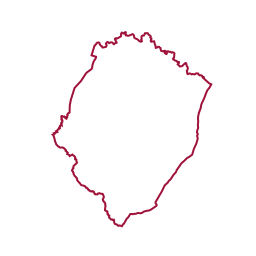 outline of Si Chomphu, Khon Kaen, Thailand, rotated 17°
{"feature_id": "78962969B87234528247492", "entity_name": "Si Chomphu", "entity_type": "district", "adm_level": 2, "iso_a3": "THA", "parent_name": "Thailand", "parent_adm1": "Khon Kaen", "projection": "robinson", "projection_center": [102.106, 16.757], "detail": "fine", "context": "isolated", "style": "outline", "palette": "rose", "viewbox_px": 256, "rotation_deg": 17, "n_neighbors": 0, "source": "geoboundaries", "source_scale": "gbopen_adm2", "svg_char_len": 5708}
<svg xmlns="http://www.w3.org/2000/svg" viewBox="0 0 256 256"><g transform="rotate(17 128 128)"><path d="M150.9,223.7L151.4,221.4L152.0,220.9L152.2,220.2L153.3,215.1L154.4,213.1L155.2,210.0L155.5,209.5L156.8,209.1L157.6,209.1L159.0,208.3L160.6,207.7L162.4,206.3L164.5,206.0L165.6,205.5L166.6,204.7L167.3,203.6L168.2,202.9L170.5,201.5L171.8,201.0L173.4,199.8L177.8,194.3L178.0,193.7L177.9,193.2L177.5,192.6L176.8,192.3L176.3,191.8L176.1,191.4L176.1,190.4L178.9,178.6L179.8,172.6L180.2,171.5L181.9,168.8L182.4,166.9L183.8,164.4L185.2,159.5L186.7,156.4L186.9,154.0L189.4,146.1L191.2,143.3L193.3,139.4L195.1,137.6L197.1,134.8L197.2,134.2L197.1,128.7L197.9,123.0L197.8,117.8L197.5,117.1L196.7,116.0L196.3,115.1L196.6,114.0L196.4,113.2L196.3,112.9L195.4,112.3L195.0,111.3L195.0,107.6L194.8,106.5L194.0,105.1L193.3,101.4L192.1,98.3L191.6,95.7L191.5,94.2L191.4,92.4L191.7,87.5L191.3,85.3L191.3,83.3L192.2,76.8L192.5,71.6L192.8,68.9L194.1,65.6L194.9,61.9L192.7,61.6L185.6,58.3L185.8,57.3L185.4,57.0L184.5,57.6L184.2,57.3L184.2,57.1L183.8,56.9L183.4,56.3L181.8,56.3L181.4,56.7L180.6,56.5L179.9,56.3L179.4,55.6L179.1,55.4L177.4,55.8L176.9,56.1L176.3,57.1L176.0,57.3L174.2,57.4L173.2,58.1L172.1,57.8L170.9,57.8L170.4,58.1L169.6,59.0L169.2,59.0L168.5,58.1L168.0,56.8L167.5,56.1L167.9,54.9L167.7,53.4L167.3,52.4L165.9,51.4L165.1,49.6L164.5,49.0L164.1,49.0L163.7,49.3L163.3,50.3L162.5,51.1L162.2,52.1L161.9,52.6L160.9,53.5L160.2,53.6L159.5,54.0L157.9,53.0L156.9,52.6L157.0,52.2L157.5,51.7L157.7,50.9L157.7,50.5L157.3,50.0L155.8,50.4L154.8,49.7L154.3,49.6L153.5,49.8L152.3,49.4L151.8,49.0L151.4,49.2L151.1,49.1L150.8,48.3L151.4,47.3L151.4,46.9L150.6,43.1L150.1,42.7L148.5,42.5L147.6,43.2L146.3,42.7L145.1,43.2L144.2,42.9L143.2,43.1L142.8,43.5L143.4,45.6L142.9,46.1L141.8,45.8L141.0,45.3L140.9,45.0L141.1,44.2L140.9,43.4L140.5,43.4L138.9,44.4L137.3,44.6L136.7,44.0L135.6,41.9L134.7,41.9L134.0,41.3L132.9,41.6L132.1,42.7L131.1,43.2L130.0,40.9L129.4,40.4L127.7,37.5L126.3,38.1L125.5,38.1L125.2,38.6L124.6,38.6L124.2,37.7L124.4,36.8L124.3,35.6L124.0,35.4L123.6,35.6L123.1,34.8L122.8,34.7L122.9,33.7L122.1,33.1L120.3,32.7L119.2,31.6L118.5,31.7L117.8,32.1L116.5,32.4L116.4,32.7L116.5,33.3L116.1,35.0L114.8,35.4L114.3,36.0L114.2,36.5L114.5,37.8L115.0,38.7L114.8,39.7L115.4,40.0L115.9,41.0L115.8,41.3L114.6,41.8L113.2,41.5L111.0,40.4L108.8,40.2L107.9,39.9L107.5,39.6L106.6,37.7L105.2,36.9L104.7,37.0L103.5,38.2L101.2,39.8L100.4,39.9L99.5,39.7L98.8,40.0L98.2,39.3L98.0,37.2L97.4,37.1L96.9,37.6L96.8,37.9L96.8,38.3L96.4,38.9L96.0,39.0L94.8,38.5L94.2,38.6L93.8,39.8L94.4,41.7L94.3,42.6L91.6,45.5L91.1,45.8L90.6,45.6L89.9,45.8L89.5,46.4L89.5,46.8L90.4,48.0L90.7,48.0L92.2,49.7L91.7,50.3L90.9,50.6L90.1,52.0L89.8,52.0L88.4,51.0L87.5,50.8L86.4,51.2L85.1,52.4L83.7,51.7L83.0,51.9L82.2,53.7L82.4,54.2L83.1,54.8L83.4,55.2L83.3,56.7L81.6,57.8L80.2,58.5L79.9,58.4L78.9,57.4L78.0,57.3L76.6,56.4L76.4,56.1L76.3,55.6L75.6,54.9L74.6,54.8L73.5,55.6L73.1,56.2L73.2,56.4L72.3,58.8L71.9,59.0L71.9,69.2L76.6,69.2L76.8,70.6L75.7,74.5L75.6,78.0L76.1,81.0L75.8,82.4L72.8,86.4L71.9,87.9L69.3,96.8L65.2,105.3L65.1,117.6L65.7,123.4L67.6,130.2L67.0,131.1L66.5,131.3L66.4,132.0L66.0,132.7L66.6,133.6L66.3,134.2L66.7,135.3L66.4,137.1L65.1,136.7L64.8,136.0L64.1,136.3L63.6,135.7L63.2,136.0L62.4,136.1L61.5,135.8L61.2,135.9L61.2,136.3L60.9,136.4L60.9,136.8L61.8,138.2L61.7,138.7L62.3,139.1L62.1,139.5L62.4,139.6L62.5,139.9L63.3,140.4L63.2,141.0L63.4,141.7L63.2,141.9L63.4,142.2L63.1,142.6L62.7,142.6L62.6,142.9L62.9,143.7L63.5,144.1L63.6,144.3L63.4,144.2L62.9,144.6L63.0,144.9L62.7,145.4L62.9,145.6L62.7,145.9L62.7,146.3L62.4,146.3L62.5,147.0L62.2,147.1L62.1,147.4L62.9,148.2L62.7,148.5L62.3,148.6L62.4,148.9L62.2,149.0L62.1,149.3L61.7,149.4L61.5,149.7L61.4,150.4L61.0,150.9L61.2,151.1L61.0,151.7L61.4,152.2L60.8,152.3L61.2,152.6L60.6,152.9L60.7,153.2L60.2,153.4L59.9,153.4L59.7,153.8L59.7,154.5L59.2,154.5L59.1,154.9L58.7,154.9L58.8,155.1L59.2,155.0L59.1,155.4L58.7,155.3L58.6,156.0L58.1,156.4L58.4,156.5L58.8,156.2L58.8,156.5L59.0,156.7L59.0,157.2L59.6,157.8L61.5,160.8L62.2,162.3L62.9,162.8L64.0,164.5L66.6,166.0L67.2,166.0L68.5,166.6L69.0,166.6L70.7,165.8L72.2,165.8L72.7,166.2L73.4,166.3L74.1,166.8L74.5,167.3L75.2,167.4L75.2,168.2L76.6,168.7L76.6,168.8L77.6,169.2L77.4,170.6L79.7,171.0L80.4,171.9L82.6,169.7L83.0,170.1L83.6,170.1L85.6,170.9L86.5,172.2L86.2,172.3L86.4,173.2L86.6,173.4L87.2,173.3L87.9,173.5L88.5,175.1L89.3,175.8L89.2,176.6L89.0,177.1L88.5,177.6L88.3,178.2L87.0,180.3L87.3,181.8L87.5,182.1L87.3,182.3L87.3,182.8L87.1,182.9L87.3,183.2L87.0,184.1L86.9,185.1L88.1,185.8L88.3,186.3L89.2,187.0L89.2,187.5L89.4,187.9L91.0,189.4L93.4,190.6L93.5,191.1L94.4,191.8L94.5,192.4L94.8,192.9L97.3,194.5L98.2,194.9L99.1,195.7L100.1,196.3L103.0,196.1L104.0,196.3L105.1,197.3L105.3,197.1L105.7,197.3L106.1,197.2L106.5,197.5L107.3,197.7L107.5,198.3L108.1,198.7L108.4,198.6L109.0,198.7L109.3,199.2L110.0,199.1L110.3,199.4L111.1,199.5L112.0,199.3L112.1,198.9L112.3,198.8L112.7,199.1L113.2,198.8L113.9,198.8L114.7,199.8L115.0,200.5L116.1,201.0L116.4,200.7L117.4,200.7L117.9,200.6L118.4,200.1L118.5,199.4L119.0,199.2L119.6,198.7L121.4,198.8L122.9,198.4L123.3,198.6L124.1,199.7L124.9,200.5L125.0,201.0L125.1,202.3L124.7,203.3L124.9,204.0L125.7,204.7L125.6,204.9L125.8,205.1L127.1,206.0L127.7,206.1L128.6,207.4L128.6,208.1L129.3,209.1L129.7,212.1L130.0,213.3L130.9,213.7L131.9,213.9L132.1,213.7L132.8,214.0L133.3,215.6L133.5,215.6L133.8,215.9L133.7,216.2L134.3,216.4L134.6,217.1L135.6,217.2L135.6,217.6L135.9,217.8L136.0,219.1L138.7,220.5L139.0,220.2L140.0,220.1L140.5,220.5L141.1,220.2L141.0,219.9L141.3,219.8L141.7,220.4L142.5,222.5L143.4,223.5L145.8,223.6L146.9,224.3L147.4,224.4L148.5,223.6L150.9,223.7Z" fill="none" stroke="#9f1239" stroke-width="2"/></g></svg>